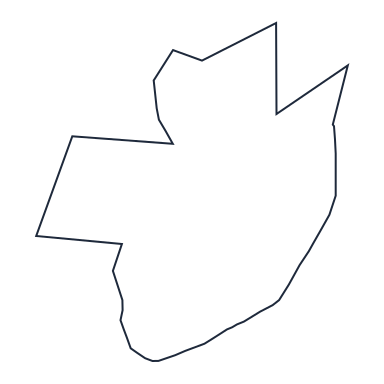 Mederdra, Trarza, Mauritania (Natural Earth projection)
{"feature_id": "47542326B59245352565920", "entity_name": "Mederdra", "entity_type": "district", "adm_level": 2, "iso_a3": "MRT", "parent_name": "Mauritania", "parent_adm1": "Trarza", "projection": "natural_earth1", "projection_center": [-15.699, 17.141], "detail": "fine", "context": "isolated", "style": "outline", "palette": "slate", "viewbox_px": 384, "rotation_deg": 0, "n_neighbors": 0, "source": "geoboundaries", "source_scale": "gbopen_adm2", "svg_char_len": 694}
<svg xmlns="http://www.w3.org/2000/svg" viewBox="0 0 384 384"><path d="M347.8,65.4L276.5,114.0L276.1,23.0L202.0,60.6L173.0,50.1L153.8,80.3L153.7,80.4L156.7,108.3L158.9,119.7L165.6,131.0L172.8,143.8L72.3,136.3L36.2,236.0L121.9,244.0L112.9,270.9L122.4,300.1L122.6,310.2L120.5,320.2L123.7,329.2L126.9,337.7L130.7,348.3L136.8,352.6L145.1,358.2L152.5,361.0L158.5,360.9L175.2,355.2L185.2,350.9L204.5,343.7L214.4,337.5L227.0,329.4L232.1,327.3L237.0,324.4L243.9,321.6L260.2,311.6L272.7,305.1L279.1,300.1L288.9,284.5L299.6,265.1L308.9,251.1L313.3,243.2L320.4,230.8L329.4,214.8L335.7,195.7L335.7,153.6L335.0,139.6L334.0,126.2L332.8,124.6L347.8,65.4Z" fill="none" stroke="#1e293b" stroke-width="2"/></svg>